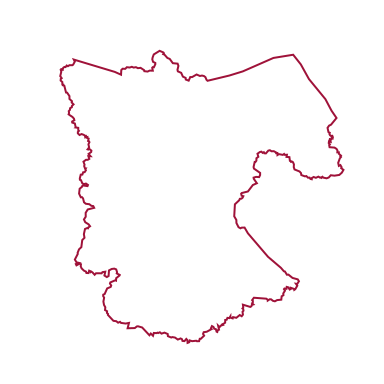 outline of Prestea/huni Valley, Western, Ghana, rotated 278°
{"feature_id": "2480657B71205229821948", "entity_name": "Prestea/huni Valley", "entity_type": "district", "adm_level": 2, "iso_a3": "GHA", "parent_name": "Ghana", "parent_adm1": "Western", "projection": "mercator", "projection_center": [-2.017, 5.447], "detail": "fine", "context": "isolated", "style": "outline", "palette": "rose", "viewbox_px": 384, "rotation_deg": 278, "n_neighbors": 0, "source": "geoboundaries", "source_scale": "gbopen_adm2", "svg_char_len": 5874}
<svg xmlns="http://www.w3.org/2000/svg" viewBox="0 0 384 384"><g transform="rotate(278 192 192)"><path d="M302.9,105.0L298.3,105.4L300.2,98.8L306.7,56.5L304.8,57.8L301.6,56.6L300.9,55.9L300.5,53.0L299.3,51.6L299.8,50.3L298.1,49.4L298.1,48.3L297.1,47.2L295.8,47.0L295.6,46.0L294.9,46.6L294.5,45.1L292.9,45.8L288.4,45.4L286.6,47.1L285.8,46.3L284.1,46.4L282.8,48.3L280.7,48.6L280.5,49.5L279.7,49.3L279.4,50.8L273.0,53.4L273.0,54.5L269.9,57.3L267.1,57.7L265.2,60.5L263.9,60.4L262.3,62.5L260.5,61.1L259.2,61.2L258.0,59.6L256.4,59.7L254.9,58.7L253.1,59.3L251.7,59.0L249.6,63.3L248.2,64.9L246.7,65.5L245.1,63.5L244.1,63.7L243.5,66.5L240.7,67.5L240.0,68.0L240.2,68.6L239.7,68.1L239.7,70.4L237.3,70.8L236.8,71.5L235.5,70.6L234.2,70.8L232.8,72.7L234.0,74.6L233.6,76.6L233.0,78.1L232.2,78.4L232.5,79.0L231.3,78.9L231.9,80.7L230.9,80.7L230.5,82.2L228.1,82.0L228.0,82.8L227.1,83.5L224.8,82.8L221.9,83.9L219.7,82.7L219.6,83.4L220.5,84.1L219.0,86.6L217.6,86.6L215.3,84.3L213.3,86.6L213.0,84.4L210.5,85.7L209.4,84.3L209.1,82.5L206.9,80.3L204.1,81.8L202.7,81.6L200.4,82.8L200.5,83.5L199.8,83.2L198.7,83.9L196.7,82.9L196.4,81.5L194.0,81.0L193.7,79.4L189.9,79.0L188.5,79.3L188.3,80.4L185.3,82.2L184.8,83.9L185.6,85.8L184.5,88.0L183.3,87.7L183.3,83.3L182.7,82.5L181.8,82.3L179.6,80.3L174.7,80.4L171.3,82.6L171.6,83.7L170.5,85.0L166.8,86.5L165.6,88.4L165.6,92.1L164.3,94.3L164.3,96.2L162.7,97.3L160.2,91.2L156.6,89.6L152.7,90.2L149.8,88.8L147.2,90.5L145.6,94.1L143.9,95.8L142.3,94.1L141.6,94.1L141.6,93.0L140.5,91.2L135.2,90.8L131.7,91.9L129.1,90.0L122.0,90.1L119.5,88.1L115.9,87.2L114.8,87.5L108.8,85.4L106.3,87.4L106.1,89.6L104.5,87.0L103.3,87.8L105.3,90.5L105.0,92.1L103.0,92.1L101.0,93.3L99.1,95.9L98.4,98.1L97.1,98.7L97.3,100.8L99.8,101.1L99.4,102.5L98.7,102.8L99.2,103.3L98.5,104.7L96.5,107.1L98.2,108.3L98.9,113.8L100.2,114.5L101.0,117.2L97.1,116.9L95.9,119.5L97.2,121.1L102.8,120.7L104.6,123.2L105.3,125.7L104.8,127.7L102.1,129.0L100.9,128.8L99.8,132.0L99.3,131.9L96.1,128.9L93.7,129.1L93.9,128.3L91.1,123.7L89.9,123.5L88.2,125.0L86.7,124.7L84.7,121.4L78.8,119.7L78.0,118.4L76.6,118.5L75.1,119.7L71.2,119.5L67.9,120.6L65.8,122.2L63.0,122.3L62.1,124.5L60.4,124.6L59.6,125.8L58.6,125.8L53.5,132.1L53.5,135.0L52.3,137.0L53.4,138.8L52.5,139.9L52.5,144.6L53.6,147.8L48.1,147.2L49.3,154.3L51.2,156.1L51.5,157.2L50.9,161.5L44.2,169.8L46.1,170.9L44.2,173.4L47.1,173.8L47.3,176.4L47.9,177.5L47.6,178.1L48.6,179.7L47.5,181.5L48.9,184.3L48.0,187.7L45.9,188.2L45.0,191.7L45.6,192.7L45.5,195.4L43.9,198.5L45.4,201.1L44.8,202.6L43.2,203.3L43.3,205.3L45.7,206.8L44.6,208.1L42.0,208.6L42.9,210.2L44.7,210.4L44.3,212.9L45.3,216.9L44.9,217.7L45.3,219.8L47.7,220.1L47.8,221.1L51.4,224.0L53.0,222.7L54.8,223.1L55.7,226.1L59.0,230.5L59.6,229.7L62.0,230.4L61.4,232.0L59.7,233.1L59.5,234.7L57.1,235.8L56.9,236.5L58.7,236.7L59.4,237.9L63.3,236.5L62.1,238.1L64.8,240.1L64.3,240.4L64.6,241.1L65.0,240.6L67.2,243.0L69.9,242.7L70.3,244.1L72.3,244.6L72.3,246.5L74.2,247.3L72.9,247.5L72.5,249.9L73.8,250.1L73.6,253.4L76.8,256.4L75.9,258.5L77.6,259.5L80.4,258.7L81.6,259.5L83.3,259.0L83.7,258.2L84.9,258.8L87.5,258.1L86.3,265.7L87.1,266.7L88.6,267.0L89.2,268.4L90.2,267.0L91.2,267.6L92.7,267.4L93.3,266.6L95.9,268.0L96.7,280.4L95.9,281.9L95.0,282.1L96.6,283.9L96.7,285.3L95.5,287.3L95.3,289.3L96.8,291.3L97.8,295.4L101.2,295.3L102.5,296.9L104.3,296.5L107.2,297.8L108.6,296.6L109.3,297.0L109.3,299.0L111.2,299.0L111.0,300.6L109.0,302.3L109.7,303.3L110.9,303.1L110.2,306.6L109.3,306.9L110.1,307.8L113.9,309.3L115.6,307.7L115.6,309.0L118.5,310.3L120.2,308.9L120.9,303.5L123.6,299.0L123.3,297.5L126.2,295.1L126.3,294.0L129.3,290.6L138.4,276.3L158.9,253.1L164.1,249.0L163.6,246.1L162.8,245.1L163.6,243.0L167.5,240.3L170.5,239.8L173.8,237.2L185.8,236.2L190.4,239.9L191.9,240.3L192.3,241.9L193.4,242.9L195.0,243.4L195.2,241.7L197.1,240.9L197.9,241.4L200.3,247.3L207.4,251.3L209.7,255.0L213.7,251.3L214.8,251.0L215.9,253.4L216.1,256.4L218.3,257.1L220.4,256.8L223.8,250.1L225.3,249.5L230.5,249.9L230.5,250.6L232.0,251.4L234.4,251.1L236.1,252.8L239.0,251.5L241.0,253.6L241.6,255.1L240.6,256.5L241.4,257.6L240.4,258.3L240.5,259.8L243.6,261.8L244.2,263.3L243.4,265.1L243.8,267.3L242.9,269.7L242.2,269.9L242.5,271.1L240.5,271.5L241.6,272.8L241.4,276.8L242.5,277.9L241.7,278.7L242.1,280.8L239.9,280.7L240.1,283.6L236.5,284.6L236.5,285.4L235.6,285.9L236.0,287.1L235.5,287.9L233.5,289.1L230.8,289.3L228.6,290.4L227.3,295.6L225.9,297.3L224.0,297.9L223.2,301.7L223.7,303.0L222.3,304.9L222.6,306.4L221.4,307.5L221.3,308.8L222.5,308.7L223.8,310.4L223.3,312.7L224.8,315.0L224.0,316.9L224.5,317.8L224.1,318.3L225.2,319.1L224.5,320.1L224.3,323.4L225.4,325.4L227.9,327.1L228.0,330.8L229.4,335.5L232.0,337.7L235.0,338.9L236.4,336.4L237.4,336.7L239.3,335.2L238.3,333.8L241.2,332.7L245.9,333.7L247.4,334.7L248.1,333.9L248.8,334.4L250.3,332.1L251.7,331.9L251.5,330.4L253.3,330.3L254.8,329.1L255.8,327.0L255.5,322.0L257.6,321.3L258.3,321.9L259.3,320.8L259.9,321.2L260.1,320.6L261.5,320.6L262.4,320.9L261.7,322.1L263.6,321.4L263.6,322.6L265.3,322.8L264.7,323.8L265.8,323.9L267.2,323.1L266.9,321.6L267.5,320.7L268.6,320.0L269.8,320.2L270.3,318.8L274.4,317.3L276.8,318.5L278.0,320.3L285.4,324.8L292.0,318.8L302.5,311.2L320.1,292.1L333.5,282.0L342.0,273.1L336.1,254.0L318.5,225.5L312.5,212.7L304.3,191.9L305.2,190.7L307.6,189.3L308.5,187.7L308.7,185.7L308.0,183.7L309.0,180.2L305.8,176.1L305.6,174.3L301.8,173.2L302.5,170.2L304.1,169.8L305.0,166.9L308.5,164.7L309.5,161.2L311.0,160.6L315.0,161.0L317.1,159.9L316.9,155.1L320.7,151.4L321.3,149.0L324.2,145.6L324.5,144.3L325.6,144.8L326.2,144.2L327.3,140.3L322.9,135.0L319.8,134.3L317.9,134.2L315.5,135.3L314.7,137.7L313.5,137.9L310.2,136.9L310.2,135.8L309.5,135.3L306.7,136.3L306.3,133.1L305.1,131.3L305.0,128.0L306.0,127.6L307.8,123.8L307.1,121.2L307.8,119.1L307.1,116.9L307.6,115.0L306.6,113.0L306.5,110.1L304.7,108.8L304.4,106.1L302.9,105.0Z" fill="none" stroke="#9f1239" stroke-width="2"/></g></svg>